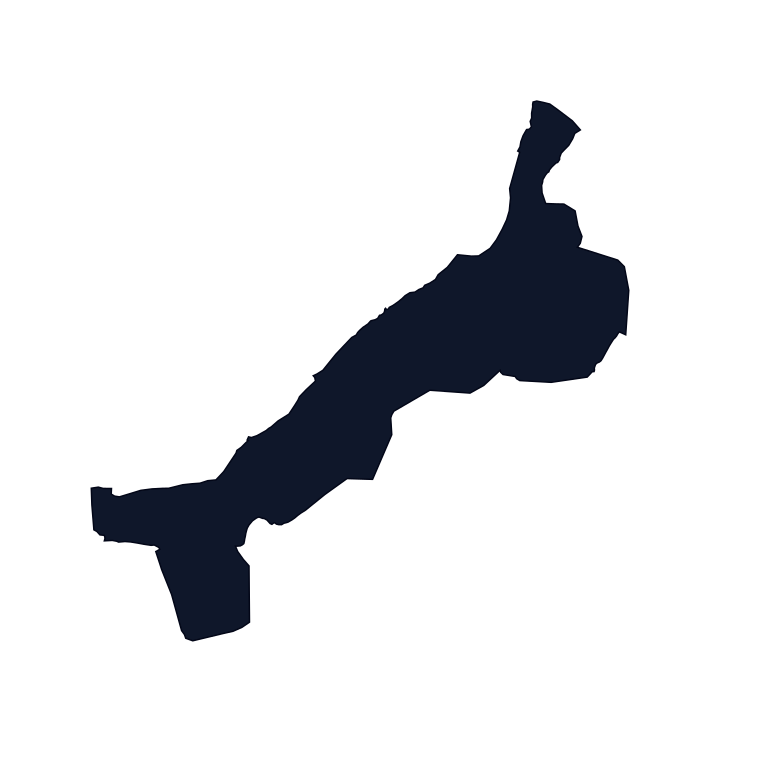 the district of Yauri, Kebbi, Nigeria, rotated 42°
{"feature_id": "59680162B47779539071975", "entity_name": "Yauri", "entity_type": "district", "adm_level": 2, "iso_a3": "NGA", "parent_name": "Nigeria", "parent_adm1": "Kebbi", "projection": "robinson", "projection_center": [4.721, 10.768], "detail": "fine", "context": "isolated", "style": "filled", "palette": "ink", "viewbox_px": 768, "rotation_deg": 42, "n_neighbors": 0, "source": "geoboundaries", "source_scale": "gbopen_adm2", "svg_char_len": 3316}
<svg xmlns="http://www.w3.org/2000/svg" viewBox="0 0 768 768"><g transform="rotate(42 384 384)"><path d="M327.5,121.4L329.8,121.0L346.6,154.7L353.5,161.0L361.3,171.6L365.3,180.0L368.3,189.9L371.1,201.7L372.1,212.2L368.7,225.4L368.1,226.0L363.5,230.4L352.1,238.8L352.2,240.0L353.0,255.0L351.1,266.4L352.3,271.9L350.5,278.5L348.2,283.4L348.7,286.4L347.8,288.2L346.8,290.2L346.7,290.4L345.6,294.8L345.0,295.6L342.2,298.8L341.8,300.1L340.6,304.2L340.3,308.6L339.4,314.1L338.1,319.6L336.6,323.7L336.9,324.3L337.1,325.2L337.0,325.6L336.6,326.2L336.1,326.8L335.6,326.9L334.5,326.7L334.5,327.9L335.1,328.6L335.8,329.7L336.4,331.4L336.1,333.2L335.7,334.7L334.7,335.9L334.7,336.0L335.4,339.5L334.4,342.2L333.9,342.9L332.0,345.7L331.9,346.3L331.9,350.2L330.5,355.8L330.0,360.6L330.0,363.4L330.6,366.2L328.9,371.0L328.6,381.6L328.3,394.1L329.4,414.7L327.5,421.4L325.9,425.2L328.2,425.5L331.1,427.7L330.0,440.1L329.7,449.9L330.9,453.7L332.0,460.0L333.5,470.0L332.1,475.0L330.0,482.3L328.9,491.4L328.0,494.2L327.6,497.4L326.8,499.7L324.2,507.3L323.5,508.6L321.3,512.5L318.7,513.9L319.1,515.1L319.8,517.3L321.0,517.0L320.6,520.1L320.3,526.5L319.1,531.8L320.3,534.4L323.5,556.3L323.4,561.7L323.3,567.1L323.3,567.7L322.4,568.7L317.7,573.8L313.6,580.9L308.2,586.5L301.9,593.5L293.8,605.5L289.2,609.8L281.7,617.3L274.4,625.8L268.9,635.0L262.9,644.9L258.8,647.6L254.9,648.3L251.4,644.0L245.2,649.5L240.7,651.8L236.2,657.3L247.9,669.4L266.0,686.5L269.3,685.7L273.9,686.2L277.4,683.6L279.8,685.2L281.1,687.7L286.8,682.0L290.6,679.7L292.5,679.1L296.9,674.4L301.4,670.9L307.3,667.1L313.0,663.6L318.9,659.7L321.0,657.4L326.1,656.1L328.0,656.9L326.5,661.2L339.4,668.6L342.8,670.6L367.1,682.6L398.6,702.7L403.3,703.7L406.8,705.6L413.7,702.8L430.8,677.9L437.3,668.7L441.3,659.7L443.4,651.0L427.9,634.1L405.4,609.5L396.9,608.5L387.4,606.4L382.1,603.9L383.6,602.5L385.5,600.5L386.3,598.4L386.6,596.4L385.4,594.2L384.2,592.4L382.8,589.9L381.2,587.4L379.8,584.7L378.8,582.6L378.0,579.1L377.8,573.7L378.5,570.5L379.0,568.5L380.1,566.5L383.7,565.1L385.0,564.1L388.1,563.4L392.7,563.9L394.6,563.3L394.9,561.6L395.4,560.3L397.8,560.1L399.8,559.0L402.0,557.1L402.8,554.4L403.8,553.0L405.1,550.9L406.5,546.6L407.3,543.2L407.8,539.4L408.6,535.5L410.1,530.2L410.9,525.0L414.0,505.6L419.8,479.0L439.3,462.5L423.7,416.5L411.7,404.7L410.3,401.5L409.5,397.6L422.2,358.0L454.0,333.2L459.1,318.2L461.1,296.1L462.9,297.2L466.1,297.3L476.5,290.6L479.0,291.3L482.6,290.6L507.1,270.9L530.4,242.9L530.5,238.4L530.5,235.6L531.8,234.2L531.1,232.8L529.6,231.4L528.1,227.9L528.3,225.7L529.3,223.7L529.7,221.6L529.2,218.6L527.5,211.6L527.0,209.3L525.9,204.8L525.0,199.8L524.6,197.0L524.8,195.3L524.7,192.8L524.1,190.0L524.0,187.8L526.5,187.0L530.7,185.7L503.2,150.6L484.1,136.0L474.8,135.5L436.2,153.0L435.7,148.1L432.4,141.9L422.4,136.8L410.2,127.5L397.3,129.9L391.2,135.2L383.4,141.7L373.6,136.2L368.3,131.0L366.7,127.7L365.3,125.8L364.2,120.7L364.0,117.8L364.5,116.0L363.7,114.2L363.5,110.4L363.9,104.8L364.8,103.1L364.3,99.7L362.9,98.1L361.2,93.8L361.3,89.4L361.6,83.1L360.1,75.5L358.1,70.1L359.9,63.8L347.9,62.4L330.2,63.9L319.9,65.0L313.9,68.2L308.2,71.5L306.1,74.7L307.3,76.7L309.1,78.6L312.5,84.0L315.8,87.6L316.9,91.0L321.5,94.3L321.5,97.4L319.7,99.5L321.2,106.4L323.6,112.4L326.4,116.8L327.5,121.4Z" fill="#0f172a" stroke="#020617" stroke-width="1.5"/></g></svg>